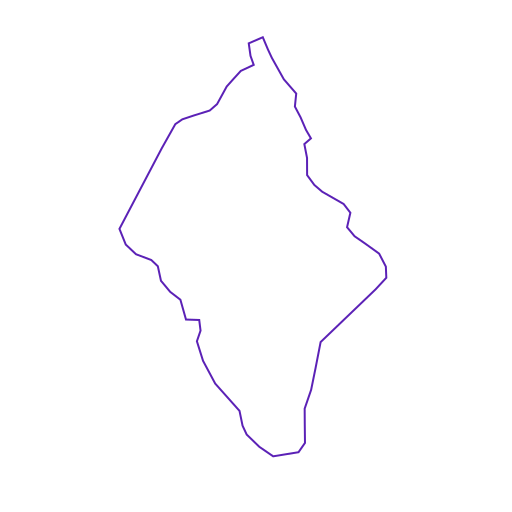 Vertente do Lério, Pernambuco, Brazil, rotated 245°
{"feature_id": "56859067B33631559697819", "entity_name": "Vertente do Lério", "entity_type": "district", "adm_level": 2, "iso_a3": "BRA", "parent_name": "Brazil", "parent_adm1": "Pernambuco", "projection": "mercator", "projection_center": [-35.812, -7.778], "detail": "fine", "context": "isolated", "style": "outline", "palette": "violet", "viewbox_px": 512, "rotation_deg": 245, "n_neighbors": 0, "source": "geoboundaries", "source_scale": "gbopen_adm2", "svg_char_len": 914}
<svg xmlns="http://www.w3.org/2000/svg" viewBox="0 0 512 512"><g transform="rotate(245 256 256)"><path d="M65.9,221.4L82.7,229.0L97.1,235.6L111.4,249.4L129.1,262.5L150.7,278.2L175.2,350.2L181.2,364.9L191.5,369.2L206.1,368.6L221.1,360.2L232.2,353.7L243.6,350.7L255.3,359.8L266.1,357.4L286.2,343.2L295.7,338.9L307.7,336.5L323.3,343.7L337.0,347.1L339.4,355.5L349.2,354.6L362.8,355.0L375.0,354.4L386.2,361.1L404.4,355.9L428.9,354.1L438.3,354.1L451.4,354.6L451.8,339.3L439.7,335.6L430.2,334.7L430.2,320.5L426.2,310.9L422.0,301.1L416.7,293.9L410.1,284.9L407.4,275.5L409.6,259.2L411.0,247.0L409.6,238.6L393.3,215.9L338.3,143.7L321.4,142.8L308.3,148.0L296.6,159.4L288.2,162.7L273.7,159.4L259.7,163.1L248.3,169.0L228.0,165.7L222.0,177.5L211.8,174.2L203.7,166.4L183.4,163.7L157.6,165.1L122.6,175.6L107.9,172.1L98.1,172.1L81.6,178.4L67.2,186.9L60.2,211.6L65.9,221.4Z" fill="none" stroke="#5b21b6" stroke-width="2"/></g></svg>